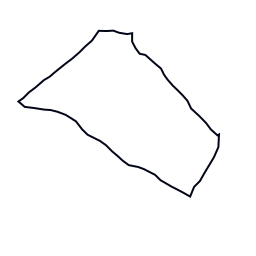 Vothylakas, Cyprus, rotated 319°
{"feature_id": "46923920B71614438662685", "entity_name": "Vothylakas", "entity_type": "district", "adm_level": 2, "iso_a3": "CYP", "parent_name": "Cyprus", "parent_adm1": "", "projection": "mercator", "projection_center": [34.194, 35.469], "detail": "fine", "context": "isolated", "style": "outline", "palette": "ink", "viewbox_px": 256, "rotation_deg": 319, "n_neighbors": 0, "source": "geoboundaries", "source_scale": "gbopen_adm2", "svg_char_len": 922}
<svg xmlns="http://www.w3.org/2000/svg" viewBox="0 0 256 256"><g transform="rotate(319 128 128)"><path d="M169.7,35.5L158.0,38.4L149.2,38.4L141.1,39.0L131.1,39.0L122.3,38.4L108.9,37.9L102.5,37.9L96.0,36.7L84.3,36.7L76.7,36.1L68.6,36.7L62.7,36.1L63.9,44.3L70.3,51.4L76.7,59.0L81.4,63.7L85.5,69.6L89.6,77.2L93.1,88.9L92.5,98.9L93.1,106.6L96.0,113.6L98.4,119.5L100.1,126.5L100.7,135.3L101.9,143.0L102.5,148.8L104.2,156.5L110.1,164.1L113.0,169.4L117.7,181.1L118.3,188.8L122.3,200.5L124.7,206.4L127.6,214.0L129.9,220.5L139.3,215.8L147.5,215.2L157.4,211.7L166.8,208.7L173.8,206.4L183.7,201.7L192.4,192.6L190.7,192.3L189.6,183.5L190.2,175.3L189.6,165.3L188.4,154.7L190.7,146.5L190.7,139.5L190.2,131.8L189.6,125.4L189.6,117.1L190.2,111.3L191.9,104.8L190.7,97.2L189.0,84.2L185.5,79.6L186.1,72.5L187.8,65.5L193.3,59.2L189.0,56.6L183.7,50.2L180.8,44.9L175.5,40.8L169.7,35.5Z" fill="none" stroke="#020617" stroke-width="2"/></g></svg>